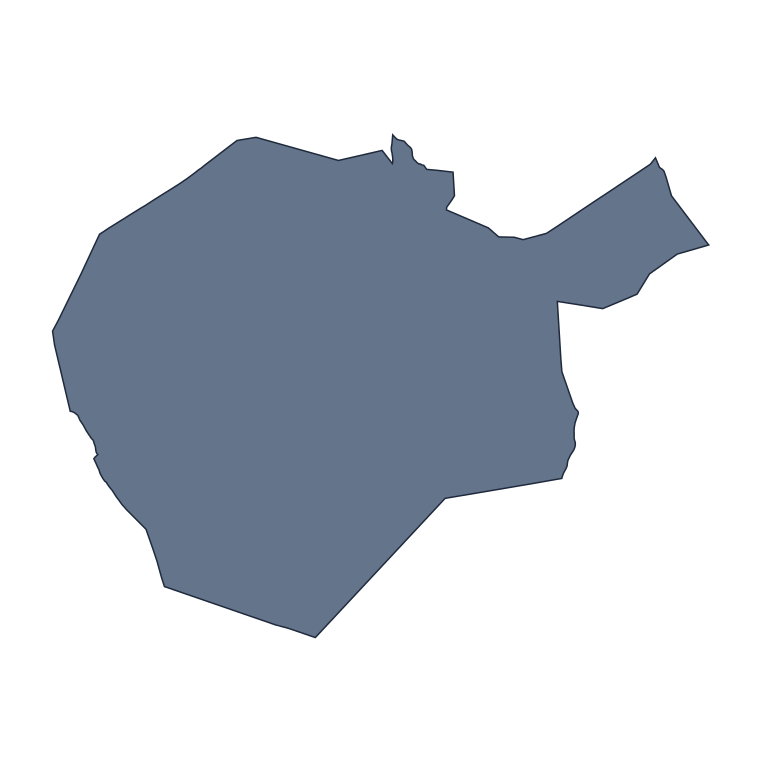 San Juan Bautista Coixtlahuaca, Oaxaca, Mexico, rotated 178°
{"feature_id": "50627088B60498499367659", "entity_name": "San Juan Bautista Coixtlahuaca", "entity_type": "district", "adm_level": 2, "iso_a3": "MEX", "parent_name": "Mexico", "parent_adm1": "Oaxaca", "projection": "albers", "projection_center": [-97.271, 17.729], "detail": "fine", "context": "isolated", "style": "filled", "palette": "slate", "viewbox_px": 768, "rotation_deg": 178, "n_neighbors": 0, "source": "geoboundaries", "source_scale": "gbopen_adm2", "svg_char_len": 2348}
<svg xmlns="http://www.w3.org/2000/svg" viewBox="0 0 768 768"><g transform="rotate(178 384 384)"><path d="M663.0,543.7L683.0,504.5L707.1,459.3L713.4,448.4L711.9,434.6L701.2,381.1L698.5,367.6L697.2,367.5L694.6,366.3L691.2,363.4L690.1,361.0L689.2,358.5L686.0,353.4L683.1,347.5L678.4,339.9L676.6,337.9L675.9,335.5L675.5,333.8L674.9,332.4L674.6,330.6L674.3,327.4L673.8,325.2L672.5,323.3L675.5,320.9L676.6,319.4L675.1,315.9L674.2,313.8L673.4,311.6L671.8,308.2L671.3,306.0L670.8,304.4L669.5,301.7L668.0,299.0L666.4,296.6L664.8,295.3L664.2,293.9L662.6,291.5L661.5,289.9L659.3,287.1L657.6,284.2L655.6,280.8L652.8,276.8L651.5,274.8L649.8,272.3L648.0,270.3L646.0,267.7L626.9,247.1L621.0,228.2L619.9,224.5L617.0,214.7L613.2,198.8L610.5,189.2L500.7,147.0L488.5,143.3L461.5,133.0L363.2,231.3L326.9,267.6L292.0,272.2L241.2,279.0L214.8,282.7L209.6,283.4L209.0,285.5L207.6,288.8L205.1,293.0L203.9,295.6L203.5,298.3L202.9,301.1L201.6,303.7L200.2,306.3L198.6,308.6L196.8,311.2L195.6,313.7L194.9,316.3L194.9,318.9L195.6,321.5L195.9,323.8L195.7,327.1L195.7,328.9L195.7,330.7L195.4,333.7L194.8,336.6L194.5,338.2L193.1,342.0L190.8,347.8L190.9,349.1L191.2,350.0L193.8,353.0L196.0,358.4L205.8,390.1L206.4,403.7L207.9,460.5L188.6,456.8L162.8,451.7L143.9,458.8L127.9,465.0L114.8,484.8L86.4,503.6L54.6,511.6L56.7,514.5L90.1,562.0L94.9,581.0L96.8,587.0L98.1,588.6L101.1,590.8L104.8,600.6L109.0,595.7L110.2,594.3L122.3,586.8L132.7,580.4L153.9,567.3L166.2,559.8L177.8,552.6L198.5,539.8L205.1,535.7L216.3,528.9L239.9,523.4L248.6,526.1L264.2,527.0L274.3,536.4L315.5,555.8L315.2,558.4L309.5,565.9L307.0,569.7L307.6,593.3L322.7,595.6L333.8,597.0L336.6,601.2L338.3,601.5L339.9,602.6L341.7,602.8L343.6,604.5L344.9,606.1L346.3,607.3L347.1,609.1L347.7,611.5L347.7,613.6L347.8,615.2L348.2,617.7L349.4,619.5L352.5,622.3L353.1,623.2L354.3,624.6L355.3,625.9L358.7,626.9L359.7,627.1L361.5,627.6L363.3,628.9L366.6,632.7L367.6,624.3L367.9,622.7L368.3,620.9L368.5,619.3L368.4,616.9L367.9,614.7L367.7,612.4L367.4,609.7L367.4,607.9L367.5,606.6L367.5,605.4L368.0,604.0L377.7,617.5L421.7,609.0L485.1,629.2L503.3,635.0L522.4,632.5L537.2,622.0L556.0,608.6L558.8,606.4L562.3,604.2L564.8,602.3L573.7,596.1L582.8,590.4L606.6,576.6L616.8,570.5L621.2,568.1L627.8,564.3L631.9,562.0L634.4,560.5L651.7,550.5L653.5,549.5L659.4,545.8L663.0,543.7Z" fill="#64748b" stroke="#1e293b" stroke-width="1.5"/></g></svg>